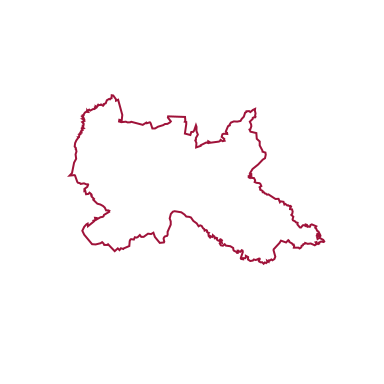 Ixcatepec, Veracruz, Mexico, rotated 130°
{"feature_id": "50627088B76588814495844", "entity_name": "Ixcatepec", "entity_type": "district", "adm_level": 2, "iso_a3": "MEX", "parent_name": "Mexico", "parent_adm1": "Veracruz", "projection": "natural_earth1", "projection_center": [-98.025, 21.249], "detail": "fine", "context": "isolated", "style": "outline", "palette": "rose", "viewbox_px": 384, "rotation_deg": 130, "n_neighbors": 0, "source": "geoboundaries", "source_scale": "gbopen_adm2", "svg_char_len": 6047}
<svg xmlns="http://www.w3.org/2000/svg" viewBox="0 0 384 384"><g transform="rotate(130 192 192)"><path d="M257.4,282.5L254.8,280.3L254.0,277.7L253.0,276.7L253.2,276.2L255.4,275.5L258.8,276.4L260.4,275.1L259.6,274.7L261.8,271.7L260.0,270.1L258.4,270.1L258.4,267.9L259.1,267.4L258.9,266.7L260.0,266.1L260.3,262.6L261.4,262.6L261.8,257.0L260.5,254.2L259.9,251.2L260.0,248.8L261.3,246.0L259.8,244.2L259.6,243.3L260.2,243.3L260.5,242.7L266.1,244.7L267.3,244.2L268.4,244.4L270.2,245.9L273.7,247.2L273.1,248.2L274.1,249.7L275.5,247.9L277.2,249.0L277.4,248.2L285.1,249.7L283.3,251.6L284.7,252.1L287.9,252.2L292.2,251.1L294.0,247.1L296.2,235.0L294.1,232.1L290.0,229.1L288.2,228.6L288.3,226.7L289.0,225.2L286.9,222.7L286.0,222.7L287.0,213.2L282.9,212.6L283.1,210.2L280.8,210.3L279.8,208.0L279.2,208.1L273.7,205.3L269.6,208.2L268.1,208.6L267.3,208.4L265.8,206.0L263.4,206.7L262.6,205.2L261.5,204.6L258.5,204.3L259.0,202.0L257.4,200.2L252.2,198.9L250.5,196.3L248.0,195.4L250.3,191.5L251.7,184.0L248.7,181.1L247.9,181.3L246.1,183.7L245.0,184.2L243.5,184.2L241.6,182.9L240.4,183.2L238.2,185.1L230.7,187.3L228.2,189.4L226.6,192.1L222.4,194.1L219.4,194.0L217.9,193.0L214.4,187.1L214.1,183.2L214.5,180.6L212.8,178.1L212.2,176.4L213.3,172.4L213.0,168.2L214.0,164.9L212.3,164.3L211.8,162.8L212.7,160.1L212.5,158.9L213.5,157.5L212.1,156.8L211.9,155.8L213.0,154.6L212.5,152.8L213.3,152.8L215.0,150.9L215.3,148.8L214.5,148.7L214.0,149.7L213.3,147.4L212.7,147.3L211.7,148.1L211.7,146.1L212.8,144.8L211.5,144.0L211.2,143.2L212.4,142.5L212.5,141.3L211.9,139.5L211.4,139.2L211.0,139.9L210.0,139.9L209.7,139.0L209.8,137.9L210.9,137.7L211.7,136.5L212.2,137.8L213.5,137.8L214.3,135.7L213.3,133.8L211.0,133.4L211.3,131.6L208.9,127.8L208.4,124.5L209.8,123.0L210.0,121.9L209.4,119.8L209.7,118.3L209.2,117.8L207.6,119.3L207.1,118.7L207.3,117.3L206.7,116.5L204.6,116.5L204.4,115.6L205.3,114.5L211.4,112.1L211.7,111.3L210.7,109.6L209.9,110.4L208.4,108.6L207.5,108.7L206.3,109.7L205.8,107.2L207.7,105.7L207.4,103.0L205.4,101.3L204.0,101.3L203.1,99.4L199.8,97.8L199.6,97.3L200.2,96.8L201.8,96.7L202.1,95.8L201.7,94.1L200.7,93.1L200.9,91.0L199.1,90.9L198.8,89.5L197.1,89.3L196.4,90.2L196.2,88.3L194.7,89.0L194.4,88.3L192.7,87.9L192.6,86.5L190.4,85.8L188.0,86.6L184.2,92.1L183.4,92.6L174.7,92.2L172.1,92.6L170.2,87.5L167.0,87.3L167.0,86.2L167.7,85.3L167.1,82.0L167.6,81.0L166.9,80.3L167.6,79.1L169.2,78.2L166.1,74.5L166.2,73.4L165.2,72.9L163.6,72.9L162.7,73.5L161.6,72.8L160.5,73.2L159.0,72.3L158.3,72.6L157.4,70.1L155.1,67.9L153.9,63.7L151.8,63.1L151.1,65.0L150.4,64.5L150.8,64.0L150.8,61.9L149.7,61.4L149.1,62.2L147.0,61.3L145.7,59.0L144.9,58.9L144.3,60.7L145.2,64.9L147.3,65.6L146.3,67.0L145.2,67.4L145.4,69.1L144.7,68.1L143.4,69.1L143.0,68.8L144.2,66.5L143.4,65.3L142.8,65.6L141.0,69.7L141.3,71.2L140.3,73.2L140.2,74.6L138.4,74.7L139.8,79.4L141.1,80.0L142.7,79.3L143.4,79.9L143.5,80.8L144.2,81.1L143.3,82.8L143.8,84.0L145.0,83.1L145.4,84.9L146.3,85.7L149.2,85.7L149.8,86.6L149.1,90.4L147.7,91.3L148.5,93.0L148.2,93.9L148.8,96.5L148.3,97.4L145.8,98.5L145.7,101.2L144.3,101.2L142.3,102.3L141.0,104.2L142.1,105.9L141.1,106.6L139.5,106.7L139.3,107.6L140.2,108.4L140.4,109.9L141.1,110.3L141.1,112.8L142.2,113.2L140.7,115.6L142.2,118.1L143.3,118.1L141.6,121.3L143.7,123.6L144.7,131.9L145.8,132.8L145.8,134.5L146.3,135.3L146.0,137.0L146.7,137.7L145.8,138.7L146.4,141.3L145.6,141.8L144.9,143.3L142.9,142.7L141.8,145.0L141.9,146.0L143.5,148.5L144.1,150.4L142.4,151.2L141.5,153.5L143.0,155.6L142.5,157.1L144.0,156.7L144.3,158.0L143.4,158.8L141.5,157.2L141.2,158.6L140.4,157.9L140.0,158.2L140.1,159.7L135.4,160.4L128.4,159.0L121.7,158.6L119.2,157.8L116.0,159.5L114.6,161.1L115.8,163.9L115.0,164.7L112.8,170.1L109.8,172.6L109.6,176.6L105.5,180.6L108.2,186.0L107.2,188.1L106.3,187.7L103.5,188.8L102.2,190.2L101.0,192.9L97.0,192.5L96.2,193.1L95.1,192.7L94.2,191.6L93.5,191.7L92.9,192.8L91.0,193.8L89.2,196.2L87.8,197.1L90.0,198.1L93.3,198.7L93.3,200.2L95.2,202.2L95.9,201.8L97.1,202.3L101.0,200.7L104.1,200.9L106.4,200.5L109.0,202.6L111.0,205.3L113.8,206.8L116.3,206.5L116.7,205.9L118.4,206.7L123.9,205.0L124.4,203.9L124.1,203.2L124.9,202.3L126.9,205.1L128.2,205.8L129.0,205.5L130.7,204.7L130.6,201.4L131.5,200.9L131.8,200.0L133.4,201.2L133.7,203.6L134.9,203.3L136.1,203.8L143.0,210.1L142.4,210.5L142.7,212.2L144.2,211.3L144.9,212.9L150.6,215.4L151.1,215.0L155.2,217.5L151.6,220.1L150.3,222.7L149.5,222.5L148.2,223.7L144.3,224.4L142.4,227.8L139.2,230.4L138.3,231.9L143.8,229.8L145.2,229.8L146.5,231.1L149.4,229.9L151.8,235.0L143.6,240.1L142.1,241.4L142.8,242.7L141.5,243.1L139.0,245.6L149.4,258.9L150.5,258.3L151.5,253.6L152.8,253.6L155.6,254.6L157.3,256.4L159.4,257.1L163.8,260.0L167.0,261.1L168.8,263.2L165.9,267.9L165.7,269.1L168.4,270.8L168.2,271.6L172.2,272.9L177.3,283.7L178.4,284.2L180.1,286.1L180.7,287.9L184.0,291.1L184.4,292.1L184.9,293.2L183.4,294.1L182.3,291.9L177.8,294.9L168.8,307.9L170.9,308.9L169.8,310.0L168.7,314.4L169.5,315.7L171.9,313.9L172.9,314.6L173.7,314.4L174.2,315.4L176.5,316.2L179.5,315.1L181.3,316.1L181.7,315.6L183.1,315.6L183.4,317.8L183.8,317.7L185.3,319.2L185.4,320.0L186.2,320.0L186.4,319.5L188.2,319.6L188.3,320.8L188.7,320.4L189.5,320.9L190.0,320.4L189.7,319.7L191.2,320.1L192.1,321.1L195.1,322.3L195.0,323.7L196.2,324.1L196.6,324.8L197.8,324.6L197.7,324.0L197.1,324.5L197.5,323.1L198.6,324.6L200.0,325.1L202.7,324.7L203.4,325.0L203.3,324.3L204.4,324.3L204.6,323.7L204.9,324.1L205.2,322.5L205.8,322.8L205.9,321.9L206.3,322.3L206.1,321.2L206.7,320.1L207.7,320.7L208.7,320.2L208.7,321.0L209.0,321.1L209.2,318.4L209.5,319.2L210.0,318.3L211.3,317.7L211.6,318.2L212.6,317.3L211.4,316.5L212.5,317.0L212.9,317.6L213.2,317.5L213.1,316.2L214.2,317.1L214.9,315.6L216.0,316.2L216.6,315.6L216.6,316.0L218.3,315.7L218.3,315.0L220.1,315.5L219.9,314.8L220.8,315.0L222.5,313.9L223.2,314.5L223.3,314.0L226.7,313.8L229.6,313.0L232.6,311.1L233.0,309.2L233.9,308.7L233.9,308.2L235.3,306.5L238.0,305.4L241.0,302.1L245.3,301.2L254.6,296.1L258.1,296.3L254.7,293.0L254.5,292.3L258.0,286.4L258.2,285.2L257.3,283.7L257.4,282.5Z" fill="none" stroke="#9f1239" stroke-width="2"/></g></svg>